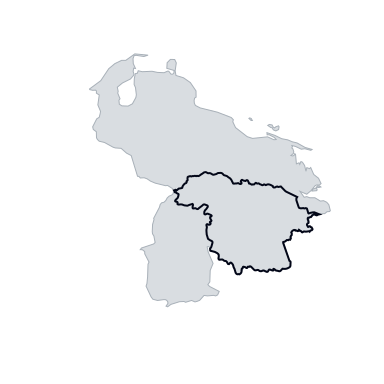 Bolívar on a map of Venezuela (Mercator projection), rotated 23°
{"feature_id": "VEN-39", "entity_name": "Bolívar", "entity_type": "State", "adm_level": 1, "iso_a3": "VEN", "parent_name": "Venezuela", "parent_adm1": "", "projection": "mercator", "projection_center": [-63.762, 6.004], "detail": "fine", "context": "in_parent", "style": "outline", "palette": "ink", "viewbox_px": 384, "rotation_deg": 23, "n_neighbors": 0, "source": "natural_earth", "source_scale": "10m", "svg_char_len": 9720}
<svg xmlns="http://www.w3.org/2000/svg" viewBox="0 0 384 384"><g transform="rotate(23 192 192)"><path d="M322.9,150.2L326.6,155.1L326.3,156.2L324.0,157.4L322.6,160.1L319.7,161.3L315.7,164.7L313.1,165.0L309.0,170.5L311.2,174.9L310.7,177.1L311.7,178.2L316.4,178.3L316.9,179.4L316.3,181.2L315.4,182.4L309.0,185.9L305.9,185.6L304.6,186.6L300.5,187.4L299.3,189.5L300.4,192.4L300.8,197.0L295.6,202.5L308.5,217.3L309.9,218.0L311.3,221.4L310.8,223.5L308.5,225.8L305.3,227.6L303.3,230.6L301.4,231.2L297.8,231.0L296.1,232.6L293.9,233.2L292.4,235.5L280.5,239.3L275.3,238.1L269.3,240.9L268.3,247.8L266.4,249.4L264.2,249.4L256.9,242.4L253.1,243.4L250.6,242.4L243.3,242.7L239.9,238.7L232.2,238.5L229.3,235.8L228.0,235.8L227.4,236.6L230.4,241.0L239.3,249.5L239.4,257.1L243.5,267.7L242.8,271.1L245.2,272.1L255.9,272.9L255.8,276.7L254.4,278.4L252.3,278.7L246.8,281.6L243.5,282.5L241.4,288.7L239.6,290.5L237.7,292.0L234.0,292.0L229.2,296.0L227.4,295.9L223.3,297.9L216.6,303.6L214.4,307.2L212.7,307.2L213.4,304.1L212.6,302.5L211.0,301.6L209.5,301.5L207.7,302.3L202.7,305.3L197.9,306.0L195.4,304.6L186.5,296.6L186.3,293.9L184.3,287.5L179.7,275.6L179.8,273.3L172.7,267.4L171.7,265.3L168.8,264.5L166.9,265.3L167.4,263.3L177.0,254.8L177.8,252.9L174.1,247.4L172.0,245.9L170.9,244.0L168.4,237.3L167.8,232.2L167.0,231.2L168.0,218.7L167.6,215.9L168.3,213.8L170.2,212.4L171.2,210.1L171.5,207.1L172.6,204.7L174.6,202.7L175.3,200.8L174.4,197.7L172.7,196.5L166.9,195.5L165.3,196.5L154.7,198.2L149.5,198.2L145.5,197.4L142.4,197.6L138.9,199.3L137.1,198.4L135.7,198.8L121.8,182.2L116.6,181.8L109.7,179.5L104.2,181.4L101.9,181.6L92.1,180.6L86.7,181.5L84.4,180.6L82.9,179.4L80.4,173.9L76.7,173.0L75.1,170.8L75.7,161.9L77.4,159.5L76.8,155.5L76.3,153.5L71.3,148.6L68.7,138.9L65.4,138.4L64.5,136.3L63.5,135.9L60.8,137.2L57.9,137.7L57.4,137.2L64.5,125.2L67.2,111.0L70.8,104.0L75.7,98.4L79.6,96.7L85.4,87.2L98.1,83.2L94.7,86.1L87.2,88.0L85.4,89.1L85.6,92.3L87.8,96.8L91.7,100.4L89.9,100.8L90.7,104.0L92.5,106.2L92.6,107.6L91.2,112.0L85.4,118.8L82.3,124.7L84.7,128.2L85.0,130.0L89.3,134.3L88.9,136.1L90.8,139.6L93.8,140.1L99.6,137.9L102.7,134.1L103.4,126.9L102.8,124.3L99.2,118.0L96.7,115.6L94.6,110.2L93.6,105.2L95.3,104.0L95.1,101.4L99.2,100.7L108.0,96.5L113.5,95.4L119.7,93.1L122.4,90.2L123.4,89.9L126.6,91.7L128.2,91.1L128.9,89.7L128.0,87.1L120.5,88.0L118.6,82.7L120.3,78.4L124.3,76.8L127.1,79.3L129.1,87.0L131.7,91.0L139.6,90.2L147.7,91.9L156.2,97.4L158.7,103.1L157.7,104.6L158.2,107.0L159.5,109.4L161.3,111.0L166.7,111.4L184.2,108.6L199.0,108.1L201.8,109.3L202.1,111.4L206.9,115.7L221.2,119.5L226.8,119.0L240.0,111.7L247.0,111.9L249.0,110.8L246.4,109.6L240.6,109.2L238.8,110.0L237.8,108.1L246.2,107.5L253.7,107.9L259.8,106.6L264.7,106.6L269.5,105.8L278.7,106.8L285.9,105.9L285.1,107.2L278.9,108.1L275.9,109.9L269.7,109.6L265.3,110.2L266.7,110.7L266.7,112.5L268.0,112.9L269.9,115.1L270.3,116.9L268.8,119.8L270.5,119.5L271.6,118.6L271.6,116.5L272.6,116.9L277.1,125.3L279.1,123.3L280.4,124.5L280.4,121.4L282.0,121.4L285.3,123.6L288.8,128.4L288.2,124.7L291.0,124.6L291.7,123.1L297.2,128.3L303.1,129.9L307.5,133.8L306.6,135.8L304.0,136.8L302.9,138.0L301.0,144.3L298.5,149.2L291.1,149.2L297.3,153.0L299.5,151.4L302.7,151.3L307.4,149.3L313.7,150.2L316.5,148.6L320.0,148.8L322.9,150.2ZM246.7,98.0L247.3,100.7L245.3,103.0L242.6,103.0L240.5,101.5L239.4,101.9L235.7,101.1L236.8,99.6L239.5,99.0L241.5,100.6L243.1,100.7L243.6,99.3L245.8,97.3L246.7,98.0ZM306.2,142.1L302.2,144.2L302.0,142.2L305.1,139.7L306.4,141.2L306.2,142.1ZM219.6,102.6L218.5,103.1L215.6,102.0L216.2,101.2L217.8,101.2L219.6,102.6ZM307.0,138.3L304.6,139.0L305.2,137.5L307.7,136.7L308.7,137.0L307.0,138.3Z" fill="#d9dde1" stroke="#a8b0b8" stroke-width="1"/><path d="M318.0,162.8L316.5,163.9L316.3,164.4L315.8,164.8L315.0,164.9L313.3,164.8L312.8,165.0L312.6,165.2L312.2,166.0L311.6,166.7L311.7,167.5L311.4,168.0L311.4,168.3L311.3,168.6L311.1,168.7L310.9,168.7L310.7,168.8L309.9,169.9L309.0,170.2L308.8,170.8L308.9,171.3L309.4,172.2L309.9,172.4L310.1,172.5L310.2,173.1L310.3,173.3L310.8,173.6L311.3,174.7L311.3,175.1L310.7,175.7L310.5,176.3L310.5,176.9L310.8,177.5L312.4,178.8L312.6,178.8L313.1,178.0L313.4,177.7L313.8,177.5L314.3,177.5L315.0,177.9L315.9,177.8L317.3,178.9L317.5,179.2L317.5,179.5L317.3,180.2L317.1,180.5L316.1,181.2L316.0,181.5L315.8,182.5L315.4,182.3L314.9,182.5L312.4,184.0L310.6,184.5L310.2,184.8L309.4,186.0L308.9,186.1L308.6,186.0L307.9,185.5L307.5,185.4L306.6,185.6L306.4,185.5L305.9,185.1L305.2,185.0L305.2,185.3L305.4,185.6L305.4,185.9L304.7,186.7L304.3,186.7L303.4,186.6L303.0,186.9L302.2,186.7L302.0,187.1L301.2,186.9L300.8,187.0L300.0,187.9L299.6,188.6L299.3,189.4L299.2,190.1L299.2,190.5L300.0,191.1L300.3,192.0L300.6,192.5L300.6,192.8L300.3,193.5L300.2,194.5L300.5,195.4L300.8,195.6L301.1,196.0L301.0,197.6L300.2,197.7L299.9,197.9L299.5,198.7L299.3,198.8L298.3,199.0L298.0,199.2L297.6,200.1L296.7,201.6L295.7,202.2L295.5,202.4L295.8,203.2L308.6,217.3L309.1,217.3L309.7,217.5L310.1,217.9L311.4,221.4L311.5,222.3L311.1,223.3L309.8,224.9L309.0,225.6L308.1,226.2L306.2,227.0L305.5,227.1L305.3,227.3L304.8,228.5L304.4,229.8L303.8,230.6L303.2,230.9L301.5,231.1L300.0,231.5L298.7,231.0L297.5,230.8L297.1,230.9L297.0,231.1L297.5,231.9L297.6,232.3L297.3,232.6L296.8,232.8L295.8,232.9L294.3,232.9L293.4,233.2L293.1,233.8L293.0,235.3L292.9,235.6L292.6,236.0L292.1,236.3L291.5,236.2L290.7,236.4L289.9,236.2L288.7,236.2L287.9,236.6L286.9,237.7L286.1,238.1L285.3,238.3L284.9,238.3L283.7,237.9L282.8,238.1L281.3,239.2L280.4,239.5L279.7,239.4L275.9,237.8L275.0,237.6L274.3,237.8L274.2,238.2L273.9,238.5L272.8,238.8L272.6,239.0L272.6,239.7L272.3,240.5L271.8,240.7L270.2,240.4L268.7,240.6L268.3,240.9L268.2,241.2L268.3,242.0L267.8,243.3L267.9,243.8L268.2,244.3L268.2,244.8L268.6,245.6L268.8,246.4L268.8,247.2L268.6,248.0L267.9,249.2L267.7,249.3L267.1,249.3L266.2,249.9L265.8,250.0L265.0,250.0L264.6,249.8L263.7,249.3L263.1,248.5L261.0,246.0L259.8,245.1L258.6,243.5L257.9,242.8L256.6,242.1L255.8,241.8L255.1,241.9L254.7,242.5L254.5,243.2L254.3,243.9L253.4,244.2L252.6,243.7L251.2,242.6L250.2,242.3L248.8,242.7L248.3,242.7L247.1,242.3L246.2,242.3L245.4,242.7L243.8,243.6L243.0,243.6L242.4,243.0L242.1,242.2L241.8,240.8L241.2,239.5L240.8,239.1L240.3,238.8L238.9,238.4L236.4,238.2L232.0,238.9L231.6,238.7L230.8,237.1L231.2,235.5L231.2,234.7L231.1,234.0L230.8,231.4L230.6,230.5L230.4,230.1L230.2,229.8L229.7,229.5L229.0,229.4L227.2,229.3L225.0,228.8L222.1,225.3L221.5,224.1L220.9,223.0L220.1,221.3L219.4,218.4L218.6,217.5L218.2,216.8L218.1,216.3L218.4,215.8L218.8,215.6L220.1,215.6L220.6,215.4L221.2,215.0L221.5,214.2L221.4,213.7L220.3,212.9L220.2,212.6L220.3,212.3L220.9,211.9L221.1,211.3L221.1,210.8L220.9,210.6L219.0,209.1L218.8,208.7L218.5,208.1L218.6,207.8L219.3,206.9L219.4,206.4L219.3,206.1L219.1,206.0L218.5,205.8L215.1,205.8L214.4,206.0L213.8,206.7L213.1,207.4L212.8,207.5L212.2,207.5L211.9,207.3L211.7,207.0L211.1,205.5L211.1,204.2L211.3,203.2L211.7,202.5L212.3,199.7L212.2,199.2L212.1,198.9L211.6,198.5L211.2,198.4L208.7,198.5L208.2,198.6L207.4,199.1L206.7,200.6L204.6,204.3L204.3,205.1L204.0,205.4L203.4,205.7L201.5,205.6L201.2,205.7L200.0,206.5L199.4,206.7L199.1,206.7L198.9,206.5L198.4,205.7L198.0,203.5L197.6,203.0L197.4,202.9L197.1,202.8L194.6,204.9L193.3,206.3L192.9,206.5L190.1,207.3L187.6,207.4L186.3,207.9L184.6,208.8L184.0,208.9L183.6,208.9L183.3,208.7L182.9,207.4L182.5,207.0L182.2,206.9L181.7,207.0L180.6,207.2L180.2,207.1L180.0,206.9L179.9,206.4L180.0,205.7L181.1,203.1L181.1,202.6L181.0,201.1L180.7,199.8L180.5,199.3L180.1,199.1L178.9,199.1L178.3,199.0L177.7,198.5L177.4,198.4L176.8,198.9L176.4,198.9L176.0,198.7L175.6,197.9L174.9,197.5L175.4,197.1L175.8,196.5L176.1,196.4L176.9,196.4L177.3,196.2L177.6,195.9L178.4,194.1L179.1,193.7L179.8,193.2L180.6,192.7L181.3,192.1L181.4,191.8L181.1,190.7L181.5,188.5L182.0,187.3L182.3,186.8L183.0,186.2L183.2,185.7L183.2,184.9L183.0,184.5L182.8,184.3L183.3,183.0L183.3,182.6L182.7,181.7L182.4,180.8L182.2,180.0L182.5,179.4L184.1,178.1L185.0,178.0L185.4,177.9L186.1,177.2L187.0,176.9L188.1,176.1L188.6,175.9L189.6,175.8L190.1,175.3L190.5,175.1L191.3,175.0L191.7,174.8L192.1,174.5L193.3,172.7L193.6,172.0L194.3,171.2L195.4,169.3L196.5,168.5L197.1,168.3L197.6,168.3L199.2,168.5L199.6,168.4L200.4,167.9L201.3,167.6L202.3,167.6L204.2,167.9L204.7,167.8L205.1,167.7L207.2,166.1L208.2,164.8L208.5,164.4L210.9,163.2L211.9,163.0L213.0,163.2L214.4,163.9L214.9,164.0L217.7,163.7L218.3,163.8L220.0,164.3L221.2,164.4L221.7,164.6L222.9,165.1L223.9,165.8L225.1,166.9L225.6,167.2L226.3,167.9L226.7,168.1L227.0,168.0L227.4,167.9L228.6,167.2L229.7,166.7L231.0,165.8L231.4,165.8L232.7,165.9L233.3,165.8L233.9,165.4L234.2,164.9L234.1,164.4L233.7,164.0L232.8,163.3L232.7,162.7L233.0,161.5L233.3,161.3L233.6,161.2L234.8,161.4L236.7,161.0L237.0,160.9L237.1,160.7L237.5,159.9L238.1,159.6L238.7,159.6L239.1,159.8L240.4,161.0L240.8,161.3L241.0,161.7L241.2,161.9L241.6,161.9L242.4,161.6L243.7,161.9L244.3,161.8L244.6,161.6L245.0,161.2L246.0,160.9L246.2,160.7L246.9,159.0L247.1,158.7L247.4,158.6L248.5,158.8L249.1,158.6L250.0,158.0L250.3,158.0L251.4,158.3L252.7,158.2L253.8,158.3L254.2,158.2L254.7,157.8L255.3,156.9L255.6,156.8L256.0,156.7L257.0,156.9L257.4,156.7L258.2,155.8L258.6,155.5L259.1,155.2L260.1,154.9L261.1,154.8L262.1,154.8L264.1,155.0L264.4,155.5L264.9,155.8L265.5,155.9L266.0,155.7L266.9,155.1L267.4,154.3L268.2,153.7L268.4,153.6L269.2,153.7L269.6,153.6L271.6,152.2L277.3,154.6L278.6,154.9L290.8,155.5L290.6,157.0L290.7,157.5L291.3,158.8L295.6,163.7L296.3,164.4L297.0,164.8L298.6,164.5L299.2,164.2L299.8,163.8L300.2,163.7L300.8,163.3L301.6,163.3L302.1,163.1L303.0,162.4L304.0,162.3L304.3,162.4L307.4,166.1L307.7,166.2L308.0,166.0L309.2,164.9L311.4,163.4L312.0,163.2L312.5,162.9L318.0,162.8Z" fill="none" stroke="#020617" stroke-width="2"/></g></svg>